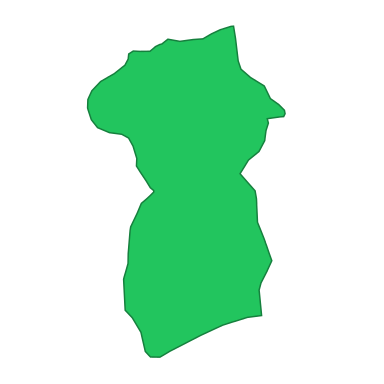 Al Mansuriyah, Al Hudaydah, Yemen (Robinson projection), rotated 266°
{"feature_id": "15242507B31078710685035", "entity_name": "Al Mansuriyah", "entity_type": "district", "adm_level": 2, "iso_a3": "YEM", "parent_name": "Yemen", "parent_adm1": "Al Hudaydah", "projection": "robinson", "projection_center": [43.383, 14.685], "detail": "fine", "context": "isolated", "style": "filled", "palette": "green", "viewbox_px": 384, "rotation_deg": 266, "n_neighbors": 0, "source": "geoboundaries", "source_scale": "gbopen_adm2", "svg_char_len": 1853}
<svg xmlns="http://www.w3.org/2000/svg" viewBox="0 0 384 384"><g transform="rotate(266 192 192)"><path d="M63.9,252.8L75.2,252.5L89.5,252.1L96.5,254.5L108.1,261.5L108.4,261.6L117.5,266.6L117.9,266.8L127.2,264.2L133.3,262.6L136.6,261.6L137.0,261.6L140.8,260.5L149.6,257.7L157.2,255.2L169.8,255.5L174.7,255.6L175.9,255.7L179.7,255.8L180.1,255.8L181.0,255.8L188.8,255.0L188.9,254.9L197.5,248.3L202.9,244.2L206.9,241.2L212.7,245.4L213.1,245.7L220.0,250.6L220.1,250.8L227.7,261.6L228.0,261.8L238.1,268.1L240.1,268.5L240.3,268.5L248.1,270.1L255.4,273.0L258.1,272.5L259.9,272.2L260.8,285.1L260.8,288.7L263.6,290.3L267.1,289.9L273.1,284.7L279.7,276.7L292.7,271.5L302.2,258.3L311.1,249.4L319.5,247.2L342.3,246.1L354.5,245.0L354.5,242.5L351.9,231.5L348.4,222.5L344.0,213.5L344.0,203.5L343.9,202.6L343.7,199.2L343.5,196.2L343.1,190.5L344.5,184.9L346.1,178.6L341.7,172.2L341.4,170.2L339.5,165.5L339.3,165.4L335.3,159.9L335.9,149.8L336.7,143.2L334.1,138.5L329.0,137.6L328.4,137.2L323.1,133.9L321.2,131.0L320.2,129.6L319.3,128.3L315.4,122.6L312.2,115.9L311.9,115.4L311.6,114.8L308.6,108.6L300.0,99.2L293.6,95.7L291.5,94.6L283.1,93.7L281.2,94.1L271.2,96.6L268.8,98.2L262.8,102.3L259.4,109.0L257.0,113.7L256.9,114.1L254.5,125.9L250.4,132.3L250.3,132.5L244.7,135.1L241.9,136.4L229.2,139.3L228.7,139.2L221.8,138.4L215.3,141.9L206.2,147.1L199.2,150.7L196.1,153.9L194.7,153.9L191.2,149.9L188.0,145.9L184.2,140.7L174.7,135.9L161.5,128.4L158.0,127.6L154.8,127.1L140.3,124.9L135.1,124.1L125.0,123.2L124.8,123.1L122.3,122.2L116.7,120.2L111.6,118.3L109.7,117.7L78.7,117.1L70.8,123.6L67.9,125.1L57.4,130.4L55.6,131.3L50.9,132.0L36.2,134.3L32.2,137.5L30.3,139.1L29.6,147.5L29.5,148.5L32.2,153.9L33.2,155.9L34.7,158.8L43.2,178.6L48.4,190.7L54.3,206.1L57.0,213.2L59.5,223.3L60.1,226.2L63.1,238.6L63.2,240.6L63.9,252.8Z" fill="#22c55e" stroke="#15803d" stroke-width="1.5"/></g></svg>